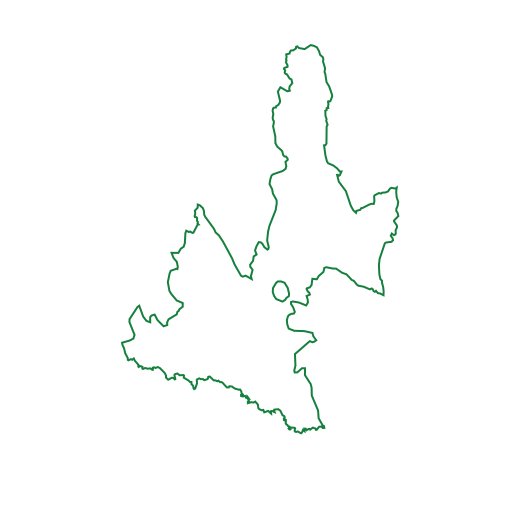 Rungu, Orientale, Democratic Republic of the Congo (Equal Earth projection), rotated 161°
{"feature_id": "63176286B79209138861399", "entity_name": "Rungu", "entity_type": "district", "adm_level": 2, "iso_a3": "COD", "parent_name": "Democratic Republic of the Congo", "parent_adm1": "Orientale", "projection": "equal_earth", "projection_center": [27.634, 2.608], "detail": "fine", "context": "isolated", "style": "outline", "palette": "green", "viewbox_px": 512, "rotation_deg": 161, "n_neighbors": 0, "source": "geoboundaries", "source_scale": "gbopen_adm2", "svg_char_len": 6121}
<svg xmlns="http://www.w3.org/2000/svg" viewBox="0 0 512 512"><g transform="rotate(161 256 256)"><path d="M181.8,404.3L182.7,394.8L183.5,393.3L185.9,391.5L188.1,391.1L188.9,389.9L190.9,390.4L191.8,390.0L193.0,388.0L193.4,384.6L195.2,381.4L195.6,379.3L195.2,378.1L195.9,375.9L197.6,373.1L198.8,362.9L200.9,356.4L200.3,352.5L197.4,347.4L197.1,346.0L197.5,342.8L196.8,341.0L195.1,340.1L194.4,337.6L194.7,336.6L197.5,335.4L198.1,331.1L199.6,328.8L203.1,327.7L213.1,327.7L215.0,327.1L217.4,324.0L219.8,319.6L219.0,313.8L219.7,309.5L218.5,303.1L218.5,301.4L219.3,299.0L222.4,293.1L233.5,280.1L236.7,275.0L240.4,267.1L241.1,260.1L242.1,258.6L243.1,258.3L245.2,261.6L246.0,265.5L247.1,267.4L248.9,268.2L252.7,264.7L255.1,261.5L255.0,257.2L258.3,256.4L260.4,252.3L264.4,249.7L264.9,247.6L263.7,244.1L267.4,238.5L267.6,235.6L272.2,240.8L275.3,240.8L276.6,242.3L279.0,255.0L279.4,261.6L282.5,280.4L284.4,287.7L286.5,291.4L286.9,295.5L291.3,309.8L291.5,312.0L290.6,315.2L290.6,318.4L292.5,322.1L294.3,323.6L295.5,320.6L299.1,318.7L299.5,316.1L301.1,313.5L301.0,312.6L299.7,312.1L299.3,311.1L300.3,308.4L299.9,307.0L300.6,306.0L300.0,304.5L301.0,304.7L307.6,298.4L308.7,298.6L310.4,300.6L311.6,300.5L313.7,302.6L315.3,300.6L319.1,291.3L321.4,288.3L324.7,287.4L328.4,284.2L334.8,286.5L334.6,280.9L332.8,276.4L333.4,271.4L334.6,269.3L335.1,269.8L341.4,269.8L343.3,267.7L347.9,259.9L349.2,251.3L348.4,247.5L345.4,239.7L340.6,235.4L341.8,231.9L345.8,230.6L346.9,229.3L348.5,228.8L350.0,226.6L359.3,224.6L361.7,222.1L362.4,219.6L366.2,219.6L370.0,227.4L370.9,233.6L374.2,233.7L376.0,232.6L377.6,227.8L380.7,230.3L382.4,235.5L382.6,247.0L384.6,246.4L396.1,237.5L397.2,234.7L396.5,221.0L398.9,217.8L402.8,217.2L410.9,217.6L411.2,215.1L410.8,211.8L411.3,206.8L410.5,201.3L411.0,199.5L410.6,198.9L407.9,199.2L406.9,198.2L404.9,198.9L404.7,196.6L402.7,191.6L403.3,189.7L403.0,189.2L401.7,189.9L399.5,188.2L400.1,186.6L399.7,186.0L397.3,186.2L395.3,184.8L392.5,184.1L391.1,182.1L390.5,182.0L389.9,184.0L388.5,183.9L387.5,182.8L385.1,183.0L383.5,181.5L380.4,175.2L380.0,172.1L380.7,170.4L379.3,167.6L375.3,168.3L373.5,167.5L373.1,165.8L372.4,165.8L371.9,170.0L371.2,170.6L368.6,170.5L367.0,168.1L363.3,167.0L363.0,166.4L363.9,164.5L360.5,160.4L359.3,158.2L358.1,157.9L358.7,155.7L357.7,153.8L358.1,151.3L357.8,150.3L356.6,150.5L353.3,154.7L352.2,158.4L349.5,158.8L348.2,157.5L346.2,156.9L345.3,155.4L342.0,155.4L341.4,155.7L340.5,157.3L339.0,157.1L336.4,152.1L335.0,151.7L333.4,150.2L332.2,150.4L331.0,148.4L329.8,148.1L328.9,147.1L326.4,141.3L324.5,140.6L323.6,141.5L321.3,140.5L319.4,137.8L316.0,135.3L314.5,134.9L314.0,132.9L314.3,130.7L313.4,129.1L313.6,128.6L315.4,129.4L315.7,128.6L314.2,127.4L311.9,127.3L311.5,126.6L311.6,125.3L311.1,124.9L310.1,126.2L309.1,123.2L310.1,123.5L309.9,121.2L311.1,120.9L311.6,119.5L308.1,119.3L305.9,118.2L304.1,118.6L302.6,114.9L303.3,111.5L303.0,110.4L300.8,108.2L299.2,108.1L299.1,105.5L295.0,105.6L293.0,102.1L292.4,104.4L291.3,104.3L289.2,102.3L289.2,104.2L288.8,104.8L284.8,103.9L283.3,101.7L282.8,96.9L281.3,95.2L281.3,94.3L282.6,93.2L283.0,91.8L282.3,91.1L281.4,91.7L281.1,91.2L282.4,88.1L282.2,87.1L281.4,86.2L281.1,84.8L279.9,83.8L281.4,82.2L280.8,81.0L279.8,80.9L279.2,82.1L278.5,82.3L275.6,81.1L275.1,80.4L276.4,78.1L276.4,77.5L275.4,76.6L273.7,76.5L271.1,73.7L269.9,74.2L268.3,76.2L267.2,74.6L266.6,77.1L265.2,76.5L265.0,74.8L262.5,75.3L261.6,75.1L261.3,74.2L258.1,75.2L256.0,73.5L255.9,72.1L255.3,71.9L251.9,74.0L249.8,73.5L248.8,71.6L247.4,71.2L247.1,73.1L248.1,74.1L249.6,82.2L247.6,89.8L248.7,105.8L246.3,113.4L246.0,117.2L248.5,127.4L246.2,133.9L249.1,134.9L254.8,132.5L257.3,133.3L257.1,135.3L254.4,139.5L251.1,150.6L232.8,158.0L230.8,156.1L228.7,156.0L226.5,156.7L227.9,161.3L227.7,164.9L234.7,169.2L244.3,172.9L248.7,176.7L248.7,181.2L247.7,185.3L245.5,188.5L244.1,189.4L241.4,189.8L239.0,189.2L237.5,190.5L237.6,195.4L238.5,199.3L237.8,201.1L235.9,201.0L230.5,198.0L224.7,192.9L222.0,195.2L221.3,198.0L221.2,201.7L217.6,202.0L217.6,204.0L218.6,205.6L218.9,208.4L218.4,208.9L215.3,208.8L212.9,210.5L210.1,216.1L206.1,214.2L203.1,216.7L197.4,219.0L195.3,222.5L193.2,222.5L187.6,219.2L184.4,218.0L180.0,212.1L176.4,209.2L173.2,202.1L171.6,200.7L170.0,196.2L168.9,194.6L164.3,192.0L159.2,187.4L157.1,187.6L156.5,186.8L156.2,184.5L155.3,183.4L153.9,184.0L152.8,181.1L151.0,180.3L148.2,177.4L146.8,181.1L145.9,185.1L145.6,189.4L144.9,191.5L145.9,193.8L145.3,198.6L142.8,207.2L140.1,213.0L130.0,226.1L128.5,226.4L123.3,225.3L121.3,226.3L121.1,228.4L122.0,231.2L120.3,233.0L118.8,230.8L117.1,231.0L116.6,231.6L115.7,234.7L113.2,237.4L112.9,239.0L114.2,243.8L114.0,244.6L108.4,247.4L108.1,250.9L108.7,253.0L108.0,254.8L105.7,257.4L103.9,260.9L103.9,265.5L102.6,270.9L100.7,274.9L102.3,274.4L105.8,276.4L107.6,276.0L110.1,274.1L112.8,273.9L116.1,274.8L117.5,274.3L119.3,275.5L123.9,274.8L124.8,274.2L126.2,269.3L127.7,266.9L129.5,267.7L132.0,267.8L139.7,266.7L140.9,267.0L142.5,265.7L146.3,266.0L147.4,264.3L149.1,267.5L150.0,272.5L149.9,288.0L153.5,299.3L152.9,306.3L152.3,306.2L151.7,304.9L150.5,305.0L147.7,308.1L149.2,308.5L150.8,312.5L153.4,316.4L157.6,320.2L158.1,322.4L157.6,328.6L155.6,338.5L154.3,338.2L152.8,339.3L147.0,355.6L145.6,356.7L145.6,361.0L144.7,362.4L144.7,365.7L143.2,370.8L141.8,370.9L141.0,372.8L139.5,372.4L138.9,374.7L138.1,375.7L137.7,378.4L137.3,378.8L135.9,378.1L135.1,378.4L132.0,382.1L131.6,383.7L131.6,392.4L132.7,397.5L131.2,405.6L131.3,407.7L129.6,410.9L129.3,418.0L128.2,420.3L128.1,422.2L129.9,425.4L129.7,429.1L130.5,433.5L132.9,435.9L135.6,437.6L142.6,435.8L147.6,438.6L148.8,440.8L150.0,440.7L150.7,439.2L154.0,438.3L155.9,439.0L157.3,438.1L158.4,436.5L161.8,436.8L162.3,434.2L163.6,432.1L163.4,431.1L164.6,429.5L164.1,425.9L164.6,424.6L168.0,424.6L168.7,423.7L168.0,422.0L169.2,420.0L168.9,418.8L167.5,417.5L166.5,412.9L165.0,411.5L165.4,407.6L168.9,405.5L170.2,403.2L170.2,401.3L172.7,401.5L178.0,407.6L181.8,404.3ZM236.4,215.6L237.0,209.5L238.1,207.3L241.1,206.4L242.5,205.1L245.8,204.3L250.8,208.6L251.9,212.3L251.9,216.4L250.4,220.1L245.8,224.0L243.6,224.8L240.5,223.7L237.7,221.4L236.4,215.6Z" fill="none" stroke="#15803d" stroke-width="2"/></g></svg>